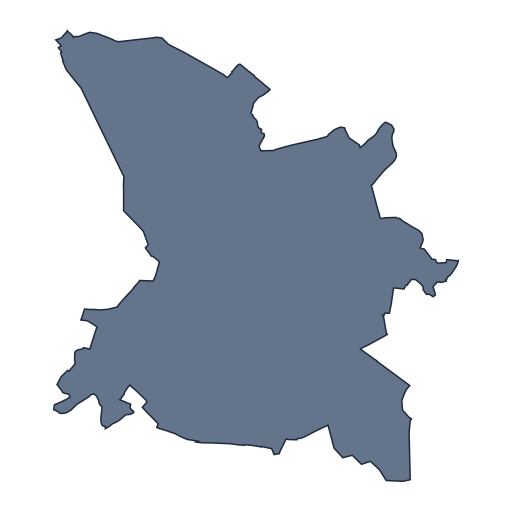 the district of Saldus, Saldus, Latvia
{"feature_id": "27541924B14554073945522", "entity_name": "Saldus", "entity_type": "district", "adm_level": 2, "iso_a3": "LVA", "parent_name": "Latvia", "parent_adm1": "Saldus", "projection": "orthographic", "projection_center": [22.489, 56.666], "detail": "fine", "context": "isolated", "style": "filled", "palette": "slate", "viewbox_px": 512, "rotation_deg": 0, "n_neighbors": 0, "source": "geoboundaries", "source_scale": "gbopen_adm2", "svg_char_len": 5926}
<svg xmlns="http://www.w3.org/2000/svg" viewBox="0 0 512 512"><path d="M391.9,125.4L390.1,124.3L388.1,123.3L386.3,122.5L385.7,122.3L385.1,122.5L384.0,123.2L382.7,124.4L381.4,125.8L379.9,127.5L377.8,130.7L376.8,132.9L376.0,133.9L375.2,134.9L373.6,136.2L371.3,138.0L369.9,138.8L367.9,140.4L366.7,141.8L365.9,142.8L364.0,144.5L360.2,147.7L359.3,144.9L349.4,138.1L348.9,137.5L345.4,130.3L344.7,127.8L340.6,127.1L336.6,128.6L334.0,130.0L329.1,133.9L327.1,136.5L316.5,139.5L294.2,144.5L291.3,145.2L289.3,145.8L286.3,146.5L275.6,149.5L273.3,150.5L261.9,150.8L261.2,151.2L259.0,146.5L261.2,141.9L262.7,139.2L263.8,137.7L263.7,136.9L264.5,136.1L264.4,134.9L263.8,133.4L262.2,133.4L261.1,131.8L261.2,130.4L261.7,129.9L261.2,129.1L259.8,128.3L258.8,128.1L257.8,126.1L257.3,122.1L256.5,120.4L253.4,117.0L252.9,115.3L251.2,113.4L251.1,111.9L251.6,111.3L251.8,110.0L253.0,106.6L253.2,104.1L254.5,102.1L258.4,97.5L261.4,96.0L263.5,94.9L268.5,91.1L270.1,89.5L266.2,86.2L265.3,85.5L255.9,77.6L254.8,76.8L254.7,76.1L253.4,75.0L251.9,73.8L250.4,72.5L248.7,71.4L245.6,68.7L244.6,68.0L242.3,66.0L240.2,64.3L239.5,64.2L238.8,64.6L238.2,64.8L236.0,66.9L234.6,68.7L233.1,70.5L232.3,71.4L231.8,71.7L232.1,72.6L229.4,75.6L227.6,77.4L227.0,77.5L223.6,74.7L212.3,68.2L189.6,55.5L186.1,53.4L168.6,44.5L161.9,37.9L155.5,37.2L154.5,37.7L147.6,38.4L120.8,41.5L117.9,41.6L115.4,41.0L111.5,39.0L97.0,33.4L89.9,32.3L85.9,33.6L80.0,36.1L79.1,36.4L77.3,36.6L75.9,36.4L73.4,37.3L73.4,36.9L73.3,36.6L73.1,36.3L71.6,34.9L67.8,31.4L67.2,30.7L66.8,31.7L61.2,38.0L55.8,39.9L61.2,45.7L58.3,47.8L61.6,51.7L60.6,52.9L61.3,55.1L61.3,55.5L63.0,60.4L62.6,61.0L66.2,69.6L76.0,82.0L79.1,85.6L81.2,88.4L123.9,176.6L123.4,185.9L123.6,187.2L123.6,193.7L123.6,210.7L127.7,215.0L137.7,225.1L143.5,231.5L143.9,232.8L145.6,237.6L148.0,244.2L148.0,244.7L147.8,245.2L145.3,247.9L150.1,254.2L150.7,255.7L151.6,256.2L153.0,256.5L157.3,259.9L157.2,260.0L159.4,261.9L157.7,268.0L156.8,271.6L155.5,275.8L155.0,276.9L153.1,281.0L139.5,280.5L138.6,282.2L134.6,286.4L131.6,290.6L129.1,293.0L126.3,296.1L120.4,302.7L117.8,305.8L117.2,307.0L107.3,309.4L99.5,309.9L98.5,310.0L95.3,309.4L94.2,309.6L92.2,309.4L88.5,309.4L84.6,309.0L81.2,319.2L80.9,320.0L87.4,320.8L90.0,322.3L94.5,325.2L96.1,326.4L96.9,327.2L96.6,328.4L95.9,329.8L93.9,336.1L89.8,349.1L83.5,347.6L83.4,347.7L82.6,348.8L82.1,349.1L78.7,349.6L76.6,350.5L76.0,350.9L75.2,351.7L74.8,352.4L74.7,354.8L74.6,356.6L74.6,360.4L74.7,361.2L74.9,362.2L75.3,363.6L68.9,371.2L67.6,370.4L61.2,376.6L57.0,384.6L61.6,390.4L62.2,391.5L62.7,392.5L64.0,393.1L65.3,393.5L67.2,393.8L68.0,394.0L68.8,394.7L69.5,395.7L69.9,397.0L66.5,399.3L61.2,401.9L54.7,404.6L54.3,405.3L53.7,409.7L56.5,410.9L58.7,412.4L60.1,413.4L62.6,413.4L65.9,412.9L70.6,410.4L76.7,404.5L86.5,398.3L89.0,396.7L90.9,394.7L92.7,394.2L94.5,394.3L96.0,395.6L97.8,398.5L98.9,401.4L99.1,403.1L99.6,404.2L102.0,407.1L101.6,411.4L101.4,413.2L101.2,414.6L100.9,417.2L100.9,419.6L101.0,421.5L101.2,422.7L102.1,425.3L102.5,425.7L103.6,426.1L105.3,426.7L105.3,428.7L109.7,426.1L112.4,423.9L113.0,423.6L113.8,423.2L116.7,421.9L119.1,420.3L121.1,418.9L122.8,417.4L125.6,414.8L130.0,414.4L130.1,413.9L131.0,413.9L132.0,413.6L132.9,413.2L133.7,412.4L133.8,411.7L130.1,408.2L130.6,404.2L119.9,399.7L120.1,399.6L123.8,394.7L124.1,394.3L124.3,393.5L124.4,392.8L124.7,392.1L127.3,388.1L128.8,386.3L130.0,385.0L131.5,386.9L132.4,387.4L136.5,391.1L139.5,393.9L145.5,399.7L146.3,400.6L146.9,402.1L142.3,407.3L144.7,409.9L146.8,412.1L151.1,416.5L152.8,418.2L154.3,419.8L156.7,422.2L158.1,423.6L156.8,427.4L157.0,427.6L157.8,427.8L158.0,428.1L164.2,430.0L168.0,431.2L170.6,432.2L174.1,433.2L176.5,434.4L182.0,437.3L182.1,437.1L185.3,438.7L186.1,439.0L187.3,439.3L187.9,439.4L187.9,439.6L191.1,440.0L198.0,441.2L196.2,442.0L199.0,442.5L202.7,442.8L210.3,442.9L216.5,443.1L226.8,443.6L228.9,443.6L239.5,445.0L244.8,445.3L245.0,444.6L253.5,445.6L261.7,447.0L261.8,446.5L271.7,448.7L274.1,454.6L279.4,453.6L279.3,452.9L284.4,442.5L286.0,439.0L287.4,439.4L290.2,439.6L294.7,439.7L297.1,439.7L297.4,438.6L300.0,438.4L302.6,437.6L305.7,436.2L315.5,431.1L328.0,425.1L334.1,448.2L342.8,457.7L352.3,455.3L361.5,464.3L370.4,461.3L379.5,469.8L386.2,480.5L403.0,481.3L410.2,479.7L409.1,432.4L410.2,420.7L411.5,419.0L408.7,417.0L407.3,415.4L405.0,412.7L402.6,410.3L401.8,400.4L404.6,393.1L406.9,388.8L409.8,385.6L376.7,361.1L376.8,360.6L376.6,360.6L376.3,360.5L374.1,359.0L362.6,350.7L361.0,349.3L360.6,349.2L360.4,349.2L360.4,348.8L367.4,345.4L387.3,334.5L386.7,333.4L386.3,332.2L386.0,330.9L384.7,323.3L383.4,315.9L382.7,315.4L384.1,315.2L384.5,313.3L389.5,313.1L391.4,302.9L393.6,287.9L401.4,288.7L404.0,289.0L406.3,284.8L407.5,285.0L408.4,282.8L409.3,282.5L411.2,279.5L415.4,279.5L419.8,283.0L423.1,286.7L423.1,289.7L426.3,294.3L429.6,294.4L431.2,295.4L433.1,296.8L435.5,294.8L433.1,286.6L434.0,285.5L435.1,284.4L437.3,282.0L438.8,282.1L440.0,282.3L440.9,282.4L441.9,282.1L443.5,281.9L445.3,281.3L445.9,281.3L446.3,281.2L445.9,279.5L446.9,279.0L447.0,278.0L447.4,277.3L449.5,275.7L450.4,274.9L452.3,272.4L453.1,271.2L456.0,266.9L456.6,265.5L457.2,264.4L457.6,263.3L458.0,262.0L458.3,260.5L457.6,260.8L446.7,259.6L446.0,262.7L437.2,263.1L435.3,259.5L432.1,259.3L424.3,249.1L420.0,248.0L422.3,242.9L423.2,239.9L422.0,233.7L419.1,230.7L411.0,226.1L406.1,223.0L404.5,222.2L402.8,221.1L399.6,218.3L397.8,218.5L396.2,217.4L384.6,217.8L382.4,218.4L381.1,218.4L379.7,217.0L379.3,213.6L378.8,212.8L378.5,212.1L372.1,188.1L371.2,185.2L372.1,184.9L373.6,183.4L374.9,181.7L376.6,179.4L378.1,177.6L379.4,176.2L380.9,174.3L383.3,171.6L386.1,168.6L388.0,167.0L389.9,165.2L392.2,163.1L394.6,160.4L395.3,159.1L396.0,157.8L396.5,155.5L396.3,153.5L395.6,151.8L394.9,150.0L393.7,147.7L393.1,145.8L392.7,143.9L392.3,141.4L391.9,139.1L391.9,137.3L392.1,135.7L392.5,134.3L393.3,132.5L393.9,131.0L393.8,130.1L394.0,129.2L393.6,128.5L393.1,127.6L392.4,126.6L392.1,126.1L391.9,125.4Z" fill="#64748b" stroke="#1e293b" stroke-width="1.5"/></svg>